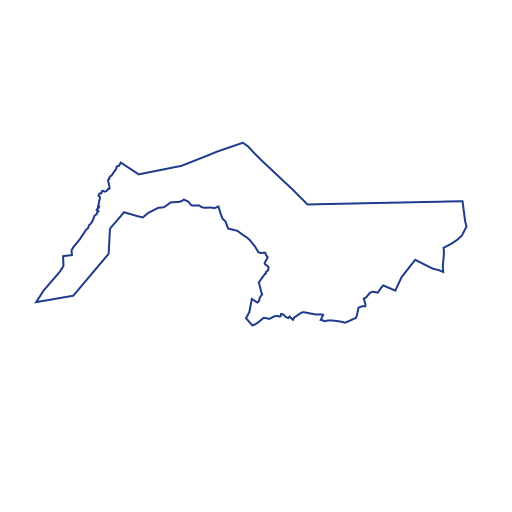 the district of Jibia, Katsina, Nigeria, rotated 33°
{"feature_id": "59680162B54988677972163", "entity_name": "Jibia", "entity_type": "district", "adm_level": 2, "iso_a3": "NGA", "parent_name": "Nigeria", "parent_adm1": "Katsina", "projection": "natural_earth1", "projection_center": [7.313, 12.988], "detail": "fine", "context": "isolated", "style": "outline", "palette": "blue", "viewbox_px": 512, "rotation_deg": 33, "n_neighbors": 0, "source": "geoboundaries", "source_scale": "gbopen_adm2", "svg_char_len": 3162}
<svg xmlns="http://www.w3.org/2000/svg" viewBox="0 0 512 512"><g transform="rotate(33 256 256)"><path d="M96.8,414.4L123.3,389.8L124.4,388.8L131.2,334.4L119.0,313.2L118.7,311.8L120.9,296.1L121.4,291.2L128.7,289.0L135.3,287.0L140.1,285.3L142.2,278.4L147.8,268.8L152.1,265.4L155.4,257.4L162.1,252.4L163.9,250.1L164.7,248.0L169.0,247.4L169.6,247.3L174.3,248.7L175.8,247.9L180.5,244.7L183.8,244.6L186.4,243.7L186.9,243.3L188.4,242.3L191.7,240.0L195.3,238.3L197.5,234.9L203.2,239.7L207.5,242.9L211.7,243.7L217.6,248.2L221.0,247.0L226.7,245.0L232.5,245.4L238.8,245.5L242.4,246.1L250.0,248.6L255.8,251.5L258.0,251.1L261.8,248.2L264.2,249.8L266.5,250.7L267.1,257.2L267.7,257.9L272.2,258.3L272.8,258.7L273.0,259.6L273.6,260.3L273.8,261.3L273.7,262.2L273.3,263.1L273.1,263.7L273.2,264.4L273.8,265.2L273.3,266.2L272.7,276.6L275.9,279.4L279.6,283.0L281.1,284.2L281.9,284.6L282.1,285.1L282.0,286.3L281.8,287.4L281.8,288.7L282.3,289.9L283.0,291.8L282.9,292.7L282.5,294.3L275.9,294.3L281.0,306.8L281.5,313.6L290.8,316.2L292.5,313.8L293.9,310.7L296.1,303.6L299.3,302.2L301.4,301.5L302.9,299.0L304.2,296.7L304.6,296.2L305.3,295.7L307.3,294.3L308.5,294.1L308.8,293.9L309.2,293.4L309.5,293.1L309.1,292.4L308.6,290.9L309.8,290.3L311.1,290.3L312.1,290.5L313.3,290.7L314.0,290.9L315.0,290.8L316.8,290.6L317.1,288.5L320.7,289.2L321.8,289.3L321.5,286.8L324.7,279.3L326.1,277.4L328.9,276.2L337.8,272.6L343.7,268.8L344.4,268.8L345.1,274.3L346.7,273.6L348.4,273.6L349.3,273.2L350.1,272.1L352.4,270.2L355.2,268.5L362.0,265.2L367.2,263.3L373.6,253.4L372.7,250.2L370.1,243.5L372.2,240.7L373.3,239.6L375.0,238.6L374.2,237.1L372.9,235.8L369.6,233.1L370.9,230.6L371.6,224.9L373.2,222.5L378.1,220.4L378.3,214.5L378.6,211.6L378.7,211.4L391.7,209.1L389.6,194.7L390.8,181.1L391.6,172.5L410.9,170.4L417.1,168.3L421.7,167.4L418.5,163.3L412.1,151.3L408.9,146.9L413.2,139.3L416.1,132.4L417.5,126.7L416.5,116.6L412.4,112.9L399.4,97.6L397.7,98.7L392.4,102.3L388.5,104.9L380.4,110.5L364.7,121.1L361.8,123.1L357.7,125.9L353.6,128.7L350.7,130.6L347.6,132.8L340.9,137.3L333.7,142.2L328.2,145.9L318.2,152.7L311.2,157.5L308.4,159.4L289.4,172.3L283.9,176.0L274.2,182.7L272.5,183.8L271.1,184.7L254.5,181.2L254.2,181.1L251.8,180.6L248.8,180.0L239.6,178.4L231.3,176.9L223.6,175.5L208.0,172.7L196.9,170.3L189.5,168.4L189.4,168.4L183.3,168.2L171.2,183.6L166.6,189.5L161.7,196.6L144.3,221.1L143.2,222.2L139.5,225.7L134.2,230.9L122.8,242.0L113.2,251.4L91.7,251.3L92.0,255.0L90.4,256.8L91.2,258.6L91.3,260.3L91.1,262.5L91.0,265.4L91.1,267.3L90.3,268.3L90.3,270.3L90.9,271.0L90.6,273.1L93.5,275.9L94.6,276.8L95.9,278.5L96.3,279.0L96.4,279.6L95.8,280.0L95.3,280.4L95.5,281.6L95.3,282.6L94.4,284.2L93.5,284.6L92.2,284.6L91.5,285.6L92.1,287.1L92.1,287.8L91.1,288.3L90.6,290.0L91.0,291.0L91.6,291.4L92.7,291.3L93.8,292.8L94.3,294.4L94.9,296.3L95.7,297.9L96.3,300.0L96.6,300.5L97.1,299.9L97.6,300.0L97.8,301.9L97.3,303.0L97.2,304.0L99.4,304.2L98.9,305.7L99.4,306.3L99.5,307.4L99.3,308.6L98.6,310.2L99.4,313.8L99.9,317.0L99.8,318.9L99.2,321.4L100.0,323.9L99.2,326.7L99.1,338.0L98.0,348.2L98.2,351.7L101.1,355.5L94.3,361.2L100.0,369.3L100.0,376.3L96.7,400.5L96.8,414.4Z" fill="none" stroke="#1e3a8a" stroke-width="2"/></g></svg>